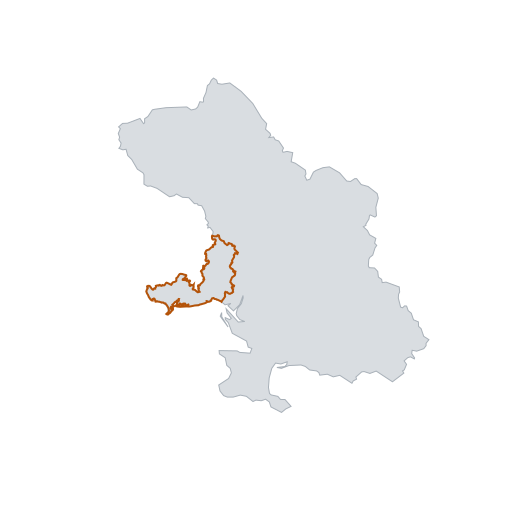 Odessa on a map of Ukraine (orthographic projection), rotated 41°
{"feature_id": "UKR-322", "entity_name": "Odessa", "entity_type": "Region", "adm_level": 1, "iso_a3": "UKR", "parent_name": "Ukraine", "parent_adm1": "", "projection": "orthographic", "projection_center": [29.872, 46.718], "detail": "fine", "context": "in_parent", "style": "outline", "palette": "amber", "viewbox_px": 512, "rotation_deg": 41, "n_neighbors": 0, "source": "natural_earth", "source_scale": "10m", "svg_char_len": 9735}
<svg xmlns="http://www.w3.org/2000/svg" viewBox="0 0 512 512"><g transform="rotate(41 256 256)"><path d="M345.9,339.3L351.7,347.1L356.4,350.9L358.6,350.9L364.6,347.6L368.6,348.2L372.0,345.3L381.1,346.5L378.8,351.9L377.9,357.3L366.3,360.1L361.8,357.4L357.2,357.8L354.9,361.8L350.5,364.8L349.2,367.8L340.8,368.2L335.4,371.3L331.4,377.4L326.9,381.3L323.2,382.6L317.4,381.5L312.5,377.8L315.7,366.4L314.1,360.4L310.3,357.7L305.7,357.7L299.5,353.0L292.6,353.9L290.2,351.6L304.0,340.0L307.0,339.4L315.3,333.2L313.5,328.5L309.9,329.9L304.7,326.4L288.8,329.9L278.9,324.5L274.4,324.0L273.2,322.7L277.9,321.3L278.2,319.2L271.6,318.0L268.1,315.4L285.9,317.5L290.5,312.8L285.6,314.6L280.6,313.7L278.8,312.4L276.5,307.9L276.2,301.6L273.8,296.0L272.1,294.3L275.6,303.4L275.0,312.2L267.5,311.9L268.1,308.3L264.7,313.1L258.9,313.4L251.4,315.8L248.5,324.9L238.9,337.8L230.0,342.1L227.0,341.4L225.7,342.4L225.1,346.3L226.6,348.2L227.9,354.5L227.4,357.1L224.3,353.6L220.7,352.0L216.6,352.5L209.2,356.1L206.7,355.4L206.9,357.2L206.2,357.8L199.2,355.8L196.3,354.0L194.0,350.7L196.2,349.2L200.4,348.7L200.4,343.9L205.7,338.1L206.0,335.4L210.7,331.8L212.0,327.8L210.4,321.8L211.1,318.8L216.1,316.7L216.5,321.4L217.6,320.9L218.7,318.6L225.5,320.8L227.5,319.2L230.4,322.3L235.6,321.5L236.9,320.0L232.3,316.3L232.7,310.4L231.3,307.1L224.6,302.7L223.3,297.5L223.9,292.9L220.6,291.1L215.2,285.9L217.0,276.8L216.7,273.4L215.2,270.7L210.9,271.1L207.7,265.7L202.6,264.6L201.1,266.5L200.3,264.7L198.5,264.7L198.7,262.6L197.5,261.7L193.2,261.0L192.2,259.0L187.7,255.8L182.0,253.7L178.9,255.6L177.5,255.0L175.1,256.9L167.0,256.1L162.0,259.9L155.3,261.4L154.6,264.3L151.9,268.0L136.9,269.9L130.5,272.3L128.3,274.6L124.3,275.3L118.1,268.1L116.1,267.4L109.5,268.3L98.9,264.7L93.3,264.3L87.9,260.7L85.9,263.2L81.9,264.7L81.7,262.1L80.1,259.3L76.2,258.2L75.1,255.8L71.7,253.9L70.1,248.9L67.6,248.7L68.3,243.5L71.9,240.1L78.2,228.3L84.3,229.9L84.6,228.6L81.9,225.5L82.9,221.6L81.9,213.7L83.3,211.7L90.9,203.0L106.0,188.9L111.3,188.3L114.0,184.6L114.3,181.9L112.4,176.4L115.1,174.7L115.0,173.8L112.9,171.5L111.0,165.4L107.5,159.2L108.0,156.6L106.9,152.6L107.2,149.6L110.9,149.1L113.9,151.0L117.6,148.7L122.7,142.6L136.7,141.5L153.5,143.0L170.0,148.3L177.2,149.1L180.1,154.1L186.1,154.2L187.9,155.2L188.0,158.2L191.2,154.6L194.2,155.7L197.7,154.3L205.9,156.5L206.8,159.3L208.4,160.0L210.8,156.7L215.9,153.9L220.7,161.8L224.8,160.2L236.9,158.8L239.9,161.3L240.4,163.6L244.6,165.5L246.3,162.6L244.3,155.0L245.2,152.0L248.6,145.4L252.9,140.6L264.5,138.4L275.3,139.9L278.4,137.8L279.8,132.8L281.2,131.6L288.5,133.1L295.0,130.0L306.5,129.4L310.3,132.1L314.5,140.6L320.5,146.6L320.2,148.6L315.2,150.1L315.2,151.2L317.0,154.0L318.0,160.0L318.9,160.7L317.8,163.5L323.4,163.7L327.9,165.5L334.9,164.1L337.1,168.5L340.2,168.8L340.5,171.8L343.5,178.7L342.8,182.5L343.4,184.7L347.4,189.9L349.2,190.5L353.3,187.3L358.0,187.8L362.2,191.6L366.1,191.2L368.7,193.3L371.3,190.4L384.4,185.4L388.0,188.9L388.7,191.3L391.0,194.4L398.7,199.7L400.6,198.9L400.9,196.1L402.5,195.0L406.7,197.4L410.7,197.3L416.7,200.8L421.8,199.2L424.9,202.5L428.2,202.5L435.3,206.6L441.4,205.7L441.6,210.3L443.2,212.1L443.4,215.9L439.7,222.4L435.7,224.7L437.5,227.5L442.6,228.9L443.0,229.8L438.7,230.8L437.2,233.2L436.6,238.0L440.7,239.0L442.6,244.7L442.0,246.6L444.4,247.4L441.5,261.4L422.2,264.0L419.0,269.9L413.4,272.3L411.8,274.1L410.8,281.8L412.7,283.0L411.3,286.5L411.9,289.1L397.5,291.1L393.6,296.5L387.4,298.4L382.3,304.1L379.9,302.7L377.1,303.0L371.3,306.8L365.7,307.0L361.5,308.7L352.7,317.1L348.9,324.1L344.9,326.4L350.3,320.5L350.4,317.6L348.9,315.4L345.6,321.2L341.0,324.0L341.6,330.4L345.9,339.3ZM281.5,327.9L268.5,324.9L267.2,321.2L270.1,324.4L281.5,327.9Z" fill="#d9dde1" stroke="#a8b0b8" stroke-width="1"/><path d="M194.0,350.7L193.7,350.3L194.1,349.3L195.3,348.4L196.9,348.6L198.6,349.1L200.0,349.2L200.5,348.9L200.6,348.6L200.4,347.3L200.7,347.0L201.3,346.7L201.0,346.3L200.8,344.9L200.0,344.2L200.9,342.8L201.9,342.3L202.1,342.1L201.9,341.5L202.3,340.9L203.8,340.8L204.4,340.4L204.5,340.1L204.4,339.3L205.2,339.0L205.9,338.5L206.1,338.1L206.1,337.5L205.8,335.8L205.8,335.3L206.0,334.8L206.4,334.6L210.3,333.6L210.9,333.4L210.9,332.7L210.5,331.3L210.5,330.6L210.7,330.1L211.4,329.2L211.9,328.3L212.2,327.6L212.1,326.9L210.4,325.1L210.4,324.7L210.7,323.7L210.7,323.2L210.2,320.5L210.3,319.6L210.8,318.9L212.4,317.8L213.6,317.4L215.6,316.3L216.0,316.3L216.4,316.7L216.5,317.4L216.5,320.5L216.0,321.4L216.0,321.7L216.4,322.1L216.9,321.8L217.7,320.9L218.2,320.8L218.3,320.4L218.3,319.4L218.3,319.1L218.7,318.4L219.0,318.5L219.9,320.2L220.2,320.2L221.2,318.7L221.6,318.3L222.0,318.0L222.6,318.1L222.7,318.3L222.7,318.7L222.4,319.5L222.5,319.9L223.9,320.3L224.2,320.6L224.8,321.7L225.5,322.0L226.2,321.5L226.3,321.0L226.2,320.2L226.4,320.0L227.4,319.8L227.7,319.4L227.7,318.5L228.0,319.0L229.1,320.1L229.6,320.8L229.7,321.4L229.7,322.2L230.2,322.7L230.6,322.6L231.4,321.9L232.2,321.6L234.8,321.7L235.8,321.6L236.3,321.0L236.9,320.0L236.2,319.8L235.7,320.0L234.3,318.8L234.4,318.5L234.0,317.7L233.7,317.6L233.3,317.8L233.1,317.4L232.1,317.0L231.8,316.6L231.7,315.9L232.6,315.7L232.9,315.0L232.5,313.8L232.5,313.3L232.7,312.4L232.9,309.8L232.5,308.9L232.4,307.7L232.1,307.5L231.5,307.8L231.2,306.8L230.5,306.3L228.6,306.1L228.2,305.8L227.3,304.6L225.9,304.3L225.2,303.6L224.5,303.7L224.3,303.3L224.6,301.2L225.1,300.6L225.3,300.1L225.3,299.6L225.1,299.2L224.6,298.7L224.2,298.7L223.7,299.5L222.6,298.0L222.7,297.8L223.7,297.6L224.0,297.3L224.2,296.5L224.0,294.8L224.0,294.1L224.6,293.8L224.8,293.3L224.8,292.5L224.6,291.8L224.3,291.2L223.6,290.8L222.7,290.8L222.2,292.2L221.8,292.6L221.1,292.6L220.5,292.2L220.2,291.7L220.1,290.3L219.8,289.9L218.8,289.5L218.4,288.4L217.7,288.0L217.3,287.3L217.0,287.1L216.7,287.3L216.3,287.8L215.9,287.5L215.7,287.2L215.2,285.8L214.9,284.5L215.2,283.7L216.3,282.0L216.5,280.7L216.5,279.6L216.7,278.6L217.6,277.4L217.5,277.1L217.2,276.8L216.5,276.5L216.3,276.3L216.3,276.0L216.5,275.4L217.5,274.2L217.5,273.7L216.2,273.1L215.7,271.0L215.2,270.4L214.5,270.2L213.8,270.5L212.9,271.8L212.1,271.9L211.4,271.6L210.7,271.0L210.0,270.3L209.6,269.5L210.0,269.2L211.8,268.4L212.2,268.1L212.8,267.4L213.5,266.9L213.6,266.6L213.4,265.5L213.5,265.3L214.4,264.9L214.8,265.0L216.2,266.2L217.8,266.9L219.8,266.9L221.8,266.0L222.2,266.0L223.4,266.8L225.0,266.9L226.6,266.7L227.0,266.8L227.1,266.7L227.4,265.5L227.3,265.1L226.8,264.4L226.9,264.0L227.1,263.9L227.9,263.9L229.1,263.2L230.1,262.9L230.7,263.3L231.2,263.9L231.4,263.9L231.6,263.8L232.2,262.7L232.4,262.6L233.0,263.0L233.8,262.6L234.5,264.1L234.9,264.7L235.7,265.1L240.1,265.3L240.2,266.0L240.6,266.4L240.6,266.7L240.0,266.7L239.7,267.0L239.3,267.0L238.4,267.5L238.6,267.8L238.7,268.1L238.7,268.8L238.5,269.2L238.5,269.7L238.7,270.0L239.4,270.2L240.2,271.3L240.8,274.8L241.0,275.3L242.4,276.3L242.5,276.9L242.1,277.4L242.0,277.7L242.8,278.6L242.8,278.9L242.5,279.6L242.9,280.9L244.2,281.7L245.2,281.5L245.7,281.8L246.7,281.2L247.3,281.5L248.2,281.5L248.4,281.7L248.7,282.6L248.9,282.7L249.1,282.6L249.4,281.6L250.7,281.2L250.9,281.6L250.9,282.1L250.8,282.8L251.8,282.9L252.6,284.1L252.7,285.1L252.6,285.3L252.4,285.5L252.3,286.5L251.9,287.8L253.1,291.3L253.8,292.6L255.8,292.8L256.2,293.3L256.5,293.4L257.1,293.1L258.9,292.7L259.2,293.2L259.3,293.7L259.2,294.0L258.9,294.4L258.2,294.8L258.2,295.6L259.6,296.3L260.5,296.0L260.9,296.7L261.2,297.1L261.5,297.8L262.3,298.1L262.3,298.4L262.1,299.0L262.1,299.7L261.6,300.4L261.4,301.3L260.8,301.7L260.6,302.1L258.8,302.4L258.2,302.2L257.8,302.8L256.6,302.9L256.4,303.1L256.7,304.1L257.0,304.7L257.9,305.3L258.6,306.4L259.3,306.9L259.6,309.8L259.7,310.3L259.6,311.4L260.0,313.2L259.4,313.2L255.7,314.2L255.0,314.7L254.6,314.6L254.3,314.7L252.7,315.7L251.6,315.5L251.3,315.8L250.6,316.9L251.2,318.8L251.5,319.2L251.2,319.7L251.0,320.8L249.7,322.3L248.5,322.2L248.3,322.4L249.0,323.0L249.1,323.6L248.4,325.2L246.9,327.4L246.1,328.7L245.6,329.2L244.9,330.9L242.2,333.6L239.8,336.8L238.6,338.1L237.1,339.3L237.1,338.8L237.0,337.1L236.8,337.0L236.5,337.5L236.1,339.4L235.9,339.5L235.6,339.2L235.4,339.5L234.3,338.6L233.8,338.4L233.3,338.7L233.1,339.3L233.0,340.8L232.5,340.2L232.6,339.6L232.6,339.4L232.4,339.5L232.2,339.9L232.3,340.9L232.7,341.5L232.5,342.3L232.2,341.8L231.7,341.5L231.7,341.1L231.2,341.5L230.1,341.6L229.6,341.9L229.5,342.5L229.6,343.0L230.5,343.4L231.0,344.0L229.8,344.7L229.3,344.5L229.2,344.8L229.3,345.2L228.3,345.6L228.1,345.8L228.1,345.0L227.9,344.1L227.4,343.5L226.9,343.2L227.0,343.0L226.9,341.5L227.2,340.5L226.9,340.0L226.3,339.5L226.1,339.0L225.8,339.2L225.9,339.7L226.3,340.3L225.6,341.5L225.7,342.2L225.9,342.8L225.2,343.4L225.0,344.6L225.1,346.1L224.8,347.6L225.7,348.0L226.2,348.0L226.6,347.9L227.5,347.1L226.4,348.7L225.9,349.0L225.7,349.6L225.2,349.9L225.2,350.2L225.5,350.9L226.0,351.3L226.3,350.3L226.7,350.2L226.7,351.1L227.0,351.0L227.0,350.8L227.4,350.9L227.5,351.0L227.6,351.5L227.9,350.5L228.0,350.3L228.4,350.7L228.5,351.2L228.6,351.8L228.4,352.2L227.9,352.2L228.2,352.5L228.4,353.1L228.5,355.5L228.0,357.2L228.0,357.9L227.5,358.3L226.7,358.6L226.4,358.6L226.5,358.1L226.4,357.6L226.7,356.7L226.6,355.5L226.2,354.4L224.4,352.8L221.3,351.7L219.5,351.5L218.8,351.2L217.9,351.9L216.7,351.9L215.9,352.4L215.5,353.0L215.0,353.0L214.5,353.4L213.2,353.8L211.7,354.9L211.0,355.0L210.7,355.4L210.5,356.2L210.0,356.4L208.9,355.5L208.4,355.4L207.8,355.0L207.5,354.9L206.9,355.0L206.9,356.0L206.2,356.3L206.2,356.5L206.3,357.0L207.1,357.5L206.6,357.9L205.0,358.0L202.0,357.3L200.2,356.3L198.2,355.7L197.1,355.1L196.5,354.8L196.1,354.0L195.5,352.3L195.6,351.6L195.2,351.0L194.5,350.6L194.0,350.7ZM230.8,344.7L235.7,340.1L236.8,339.5L232.0,344.2L229.7,345.8L228.0,346.6L229.6,345.6L229.9,345.0L230.8,344.7Z" fill="none" stroke="#b45309" stroke-width="2"/></g></svg>